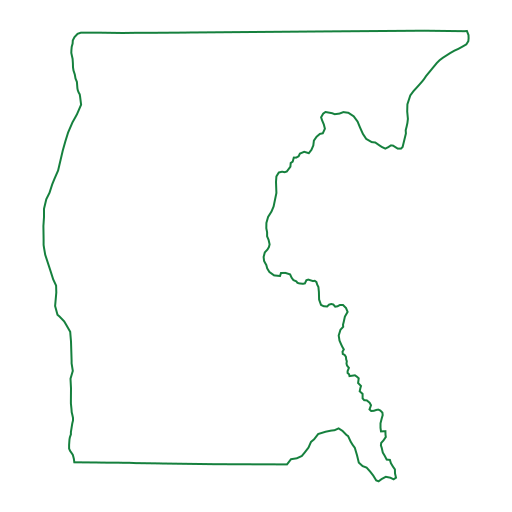 Breu Branco, Pará, Brazil
{"feature_id": "56859067B62895798843841", "entity_name": "Breu Branco", "entity_type": "district", "adm_level": 2, "iso_a3": "BRA", "parent_name": "Brazil", "parent_adm1": "Pará", "projection": "robinson", "projection_center": [-49.279, -3.757], "detail": "fine", "context": "isolated", "style": "outline", "palette": "green", "viewbox_px": 512, "rotation_deg": 0, "n_neighbors": 0, "source": "geoboundaries", "source_scale": "gbopen_adm2", "svg_char_len": 3963}
<svg xmlns="http://www.w3.org/2000/svg" viewBox="0 0 512 512"><path d="M80.1,96.7L81.1,104.7L77.0,114.2L75.2,117.5L72.5,122.3L68.1,132.5L65.4,141.2L62.8,150.4L58.1,170.5L54.6,178.5L52.3,184.1L49.5,192.8L46.3,199.2L44.0,208.8L44.0,217.1L43.4,226.0L43.6,239.3L43.6,241.4L43.6,245.0L44.0,247.7L45.2,254.7L50.2,270.0L53.2,279.4L56.1,285.6L56.3,292.6L55.1,306.0L57.5,314.8L59.4,316.4L64.2,321.4L66.5,325.3L70.2,331.8L70.4,334.4L71.0,341.5L71.6,360.8L71.6,363.4L72.8,370.9L70.5,378.7L71.0,388.4L70.9,400.1L70.9,403.5L71.5,409.4L71.7,412.2L72.4,415.1L73.0,417.9L73.0,420.5L72.3,423.3L70.9,432.0L70.9,434.4L69.9,437.2L69.5,439.3L69.3,441.9L69.1,444.9L69.1,448.6L70.1,450.9L71.3,452.6L72.8,454.8L73.4,457.0L73.9,459.0L74.3,462.3L97.4,462.5L101.9,462.6L103.6,462.6L109.4,462.7L111.2,462.7L117.6,462.7L119.4,462.7L123.4,462.8L125.7,462.8L129.4,462.8L135.6,463.1L158.6,463.4L162.0,463.5L214.7,464.2L287.0,464.4L291.0,459.2L296.8,458.3L301.8,456.0L304.7,452.5L308.5,447.6L311.0,441.9L314.1,439.3L318.2,434.0L325.7,431.7L331.1,430.6L334.6,430.2L338.6,428.4L342.5,430.9L346.5,435.0L348.1,436.1L350.7,441.7L352.6,444.8L354.8,447.8L357.0,455.2L358.8,462.6L362.6,466.1L366.6,467.6L370.1,471.5L373.2,475.5L376.2,480.4L378.6,481.3L381.7,479.0L385.8,476.8L390.3,477.7L393.6,479.3L396.0,477.7L395.0,473.4L394.9,469.4L393.0,466.7L390.9,463.2L389.9,459.9L386.7,459.6L384.6,455.6L382.8,452.6L381.7,447.8L380.9,445.4L381.2,442.9L383.4,440.5L385.8,437.0L385.5,434.7L385.4,431.2L381.0,431.4L380.5,427.8L380.5,423.3L381.7,418.5L382.7,415.1L382.4,412.6L380.3,410.5L378.3,409.6L376.5,409.9L373.8,410.8L371.2,411.0L369.5,409.4L370.3,407.2L371.0,405.2L369.6,402.7L366.8,400.4L364.2,400.2L362.6,398.4L362.6,393.9L359.7,391.3L360.4,388.0L361.0,386.0L358.1,383.0L358.7,378.3L356.8,376.6L354.9,375.3L349.5,376.1L349.1,374.3L347.6,373.0L347.6,371.1L348.9,367.9L347.0,365.5L346.5,363.6L346.8,361.2L346.2,359.5L345.9,356.8L344.6,354.9L342.8,354.0L342.5,351.7L343.8,349.4L342.3,346.8L341.2,344.5L339.5,340.6L338.7,335.5L340.5,329.7L343.2,326.8L343.0,324.7L343.7,322.0L344.9,316.6L347.6,311.9L346.0,308.0L344.5,306.5L343.0,305.0L339.9,305.0L337.5,306.3L335.2,306.7L333.3,304.5L331.3,304.0L329.1,304.6L327.1,306.5L323.6,306.2L321.0,304.9L319.1,299.6L318.9,292.0L318.4,287.0L317.2,284.6L316.4,282.0L314.7,280.8L313.0,281.1L308.3,279.6L306.4,280.2L304.9,283.4L303.0,283.8L299.2,283.4L297.4,282.8L296.4,281.4L293.4,280.1L291.6,277.7L290.1,274.4L285.4,272.9L281.0,273.0L280.0,276.0L274.1,275.4L271.9,273.8L269.4,272.0L267.2,268.4L266.3,265.0L265.1,262.9L264.1,261.0L263.6,257.0L264.8,252.4L267.5,249.5L268.9,247.1L269.6,244.4L268.6,239.9L267.1,236.3L267.1,232.3L266.3,228.2L266.4,222.9L268.1,216.9L271.5,211.5L273.6,206.5L276.4,193.0L276.0,181.9L276.4,176.4L278.8,172.5L282.1,171.7L284.6,172.2L286.8,171.5L290.4,166.7L290.7,163.0L292.7,161.6L293.8,157.6L296.2,157.6L298.6,156.3L299.9,153.6L304.2,151.8L305.9,152.3L308.8,153.2L311.4,149.9L313.3,145.5L313.9,140.6L316.6,136.7L319.9,133.9L322.8,133.3L324.9,128.7L323.8,124.4L322.0,120.1L321.1,117.3L323.2,113.6L325.5,112.0L332.1,113.2L334.7,114.2L339.4,113.6L343.4,112.1L348.4,112.8L353.7,116.3L357.6,121.6L359.9,127.2L362.9,133.9L366.2,138.9L371.7,142.1L375.3,142.5L379.6,145.5L381.9,147.0L385.3,148.6L388.2,147.2L390.9,145.4L393.0,145.6L397.7,148.6L401.0,148.6L402.6,147.0L405.9,133.5L405.7,130.2L406.6,126.7L407.4,123.0L407.9,118.9L407.2,111.5L407.4,104.3L410.3,95.4L413.5,91.1L418.6,85.5L422.3,81.3L424.1,79.0L426.1,76.0L436.8,63.0L439.6,60.2L442.8,57.8L450.1,53.1L454.5,50.6L458.3,48.9L462.3,46.7L466.3,44.4L468.3,41.2L468.6,38.5L468.5,35.1L466.9,31.0L464.5,31.2L424.1,30.7L327.9,31.4L203.1,32.4L189.7,32.5L184.6,32.6L152.3,32.8L145.8,32.8L136.1,32.8L122.7,33.0L101.8,32.7L86.4,32.7L84.4,32.7L80.8,32.7L77.6,33.8L74.5,37.1L72.8,40.4L72.6,43.6L71.7,46.8L71.4,50.2L71.3,52.9L72.0,56.2L72.6,58.9L72.9,63.4L73.0,67.3L73.5,70.5L74.8,74.5L75.5,78.5L76.9,81.9L77.4,88.3L77.8,90.3L78.7,92.6L79.7,94.3L80.1,96.7Z" fill="none" stroke="#15803d" stroke-width="2"/></svg>